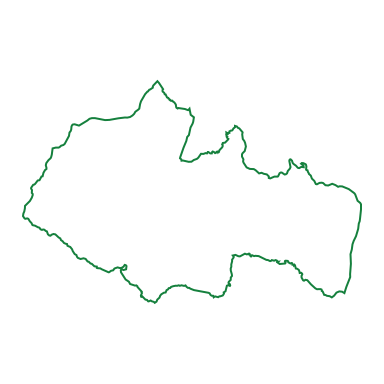 Suaita, Santander, Colombia (Robinson projection)
{"feature_id": "7082276B85655990008010", "entity_name": "Suaita", "entity_type": "district", "adm_level": 2, "iso_a3": "COL", "parent_name": "Colombia", "parent_adm1": "Santander", "projection": "robinson", "projection_center": [-73.355, 6.125], "detail": "fine", "context": "isolated", "style": "outline", "palette": "green", "viewbox_px": 384, "rotation_deg": 0, "n_neighbors": 0, "source": "geoboundaries", "source_scale": "gbopen_adm2", "svg_char_len": 5995}
<svg xmlns="http://www.w3.org/2000/svg" viewBox="0 0 384 384"><path d="M137.5,287.0L141.7,291.6L141.4,292.0L142.0,293.0L140.9,295.4L141.1,296.7L141.7,296.9L142.2,296.3L145.4,299.6L147.0,299.9L148.1,301.3L148.7,301.4L150.7,300.5L151.6,301.2L153.9,301.9L154.7,302.8L156.5,301.6L157.3,299.6L159.5,297.6L160.1,295.8L161.3,294.3L163.9,292.7L165.6,292.5L166.6,290.1L168.0,289.4L168.7,288.2L170.2,288.0L171.1,286.9L173.2,286.2L175.7,285.7L177.1,285.8L178.8,285.3L179.8,285.8L181.5,285.3L184.1,285.9L185.5,285.4L186.6,286.9L188.0,287.9L189.3,287.9L190.4,288.7L194.0,290.1L208.5,292.8L209.6,293.3L210.5,294.9L211.0,295.3L211.6,295.7L213.2,295.8L213.7,297.3L215.1,296.4L218.2,297.2L219.4,296.3L220.3,296.3L222.7,295.5L223.2,294.9L224.0,293.5L223.7,292.4L225.5,291.3L226.9,285.7L228.1,285.2L229.9,285.9L230.2,285.4L229.9,284.2L228.6,283.2L228.5,282.7L228.8,281.8L230.7,279.9L230.8,277.5L232.0,275.9L231.8,274.2L230.8,270.6L230.7,268.6L231.3,266.8L231.3,264.4L232.1,261.4L232.1,259.7L233.6,257.5L233.7,256.8L232.8,255.5L235.5,254.9L238.3,256.2L239.9,256.4L244.9,253.7L246.9,254.4L248.0,254.0L248.6,254.3L249.1,253.6L249.6,253.8L250.3,255.8L250.8,256.4L251.2,256.4L251.4,255.6L252.0,255.2L254.1,256.1L255.3,255.8L258.7,256.1L266.4,259.9L267.8,260.0L270.1,261.1L271.3,260.7L271.8,260.1L274.1,260.7L275.6,260.1L276.9,260.6L277.2,261.0L277.1,261.8L278.4,261.7L277.6,262.5L279.7,264.0L285.1,263.5L285.6,262.8L284.9,261.5L285.1,260.9L285.7,260.7L287.7,260.9L288.2,261.4L288.3,262.3L290.4,263.5L291.6,263.0L292.1,263.2L292.4,264.7L293.4,264.6L293.8,265.5L294.4,264.7L295.0,265.3L295.8,268.5L297.0,268.7L298.7,269.8L299.4,271.4L299.7,273.0L301.2,272.8L302.1,273.6L302.3,274.3L301.5,275.9L301.6,277.6L303.1,280.3L304.0,280.7L305.4,279.8L307.3,280.2L310.9,284.3L315.4,288.4L317.0,289.2L320.4,289.1L321.5,289.5L321.9,290.5L321.8,291.0L322.7,291.5L324.2,294.9L325.5,295.0L326.9,295.8L329.7,296.2L331.8,297.4L334.1,295.7L336.5,292.6L339.3,291.4L342.1,291.7L344.4,293.1L346.4,286.8L350.2,277.1L350.1,274.1L350.9,263.8L350.5,254.2L351.8,249.5L352.5,244.3L353.7,240.9L356.0,236.2L358.2,228.8L358.8,223.5L359.7,221.2L360.0,218.9L361.0,209.5L361.0,204.3L360.2,202.9L357.6,200.8L355.2,194.4L354.3,193.2L348.8,189.1L342.2,186.4L339.5,186.3L338.1,186.8L335.5,185.1L332.2,183.8L328.2,185.5L325.4,185.2L323.2,183.1L321.8,182.7L319.5,182.9L316.9,184.3L315.8,184.0L314.3,180.9L311.9,178.6L310.8,175.6L308.9,173.9L308.8,173.3L308.0,172.0L307.5,170.3L306.5,170.1L306.1,169.6L306.4,166.4L306.0,164.8L305.7,164.3L303.5,163.2L301.9,163.0L301.1,163.7L303.5,165.7L303.7,167.2L301.3,166.9L299.2,168.1L298.4,168.0L297.7,167.7L296.0,165.7L293.6,164.0L292.7,163.0L292.0,160.7L290.7,159.4L290.2,159.3L289.6,159.8L289.3,160.9L290.5,167.1L289.9,168.6L287.8,171.0L287.0,173.4L285.8,174.3L284.6,174.5L281.7,172.5L280.8,172.5L279.6,173.2L278.2,176.1L277.7,176.6L274.4,176.6L270.2,178.4L268.8,178.0L268.8,176.4L266.8,174.4L263.8,173.8L261.6,172.8L259.1,173.4L255.6,170.2L253.8,169.1L249.8,168.9L246.6,167.4L243.5,162.6L243.1,161.3L243.4,159.3L242.0,156.6L242.0,154.3L242.6,153.2L244.7,151.1L245.9,146.5L245.1,142.9L244.3,141.0L242.8,139.0L242.2,134.4L242.6,132.3L239.3,128.4L237.9,127.8L236.9,126.5L235.0,125.9L235.0,127.2L233.4,128.5L232.5,130.1L231.8,130.6L230.8,130.6L229.4,131.4L229.4,132.9L227.3,133.0L226.4,132.5L226.5,133.4L227.0,134.0L226.3,134.0L226.2,134.4L226.6,135.9L227.2,136.4L226.7,136.9L227.5,138.3L228.4,138.9L228.2,139.4L225.1,142.6L222.8,143.0L222.2,144.5L222.7,144.9L222.6,146.5L222.1,147.4L219.6,150.0L219.0,151.5L218.5,152.0L218.5,151.4L217.9,151.5L218.3,152.2L217.5,152.3L217.0,151.7L216.5,151.9L216.2,152.6L215.1,153.1L213.9,152.0L212.7,151.5L212.2,151.9L211.8,153.4L210.3,153.4L208.3,152.0L207.8,152.0L207.0,153.4L205.5,153.1L203.5,153.9L201.0,153.8L198.3,157.7L196.9,158.9L193.8,160.0L191.5,161.7L188.6,161.8L182.9,160.5L181.5,160.7L181.3,159.4L180.0,158.3L180.2,157.3L183.5,147.8L186.3,141.0L187.2,137.0L188.9,135.1L190.5,127.6L192.6,123.6L193.2,121.8L193.9,117.3L190.7,114.8L189.5,108.7L188.3,110.1L187.9,110.1L184.9,109.0L178.2,108.0L177.7,108.5L176.6,107.9L176.2,107.2L175.8,104.5L174.3,102.4L172.9,101.5L172.4,100.7L171.1,100.9L170.5,100.1L170.0,100.2L169.5,99.8L169.4,99.1L168.4,98.5L168.3,97.9L167.0,97.4L165.6,94.4L164.7,94.3L164.2,92.8L162.6,91.5L162.5,90.0L163.1,89.2L159.0,83.0L157.4,81.2L153.3,85.5L152.8,86.6L152.8,87.7L150.1,89.5L149.3,89.7L147.9,91.5L147.4,91.6L145.1,94.2L141.0,101.3L140.1,104.1L139.3,108.6L138.3,109.6L135.3,111.8L134.2,113.8L132.6,115.4L130.1,117.0L127.3,117.6L125.0,117.5L118.4,118.3L109.4,119.9L105.1,120.1L94.8,118.1L92.0,118.1L89.5,118.8L87.4,120.5L79.0,125.6L74.7,124.3L72.9,124.5L72.1,125.2L71.5,126.5L71.2,129.6L70.6,131.2L69.5,132.5L69.0,135.9L64.7,143.9L63.4,145.0L61.1,145.7L59.6,147.1L58.6,147.6L55.7,147.6L52.6,148.4L51.8,154.6L51.2,156.9L50.6,158.2L48.5,160.1L46.3,163.1L45.8,165.2L46.5,168.0L46.4,169.1L45.1,170.0L43.5,172.7L42.6,176.3L41.5,176.5L39.5,180.2L37.7,180.5L35.2,183.8L34.4,184.5L33.2,184.8L31.2,187.7L31.1,188.6L32.0,190.1L31.8,192.9L32.7,194.0L32.7,195.1L31.8,197.7L29.9,201.0L25.0,205.9L24.9,208.3L24.3,211.4L23.4,213.5L23.0,216.1L24.4,218.2L25.2,218.8L27.2,218.4L28.3,218.8L29.9,221.4L31.4,222.9L32.5,225.1L35.1,225.7L38.0,227.3L39.0,227.5L39.6,227.9L40.5,229.3L42.0,229.9L43.1,229.5L44.3,229.7L45.8,231.0L46.9,231.4L47.9,234.3L49.3,235.5L50.5,235.7L51.6,234.7L53.5,234.0L55.4,234.4L58.7,237.5L60.3,238.4L60.9,240.0L62.7,241.3L63.9,242.9L65.5,243.7L67.0,244.0L67.5,245.8L70.3,247.0L72.1,249.3L72.7,251.0L74.7,254.1L76.4,255.0L77.0,256.8L77.9,257.9L80.6,259.0L83.5,258.3L85.6,258.9L87.6,261.5L88.7,261.7L90.5,263.5L91.8,263.8L94.4,266.3L96.8,266.6L96.8,267.9L97.2,268.1L100.4,268.4L101.6,269.2L108.6,272.3L109.2,272.2L111.0,270.8L113.2,270.3L114.4,268.6L115.0,268.3L117.6,267.4L120.0,268.1L121.7,267.8L123.5,266.7L124.7,264.9L125.8,265.2L126.5,266.1L126.1,269.3L123.5,270.0L121.7,269.3L121.2,269.5L120.8,270.5L121.0,272.3L125.6,279.5L128.9,281.7L130.1,284.0L135.0,285.6L136.4,285.4L137.4,286.3L137.5,287.0Z" fill="none" stroke="#15803d" stroke-width="2"/></svg>